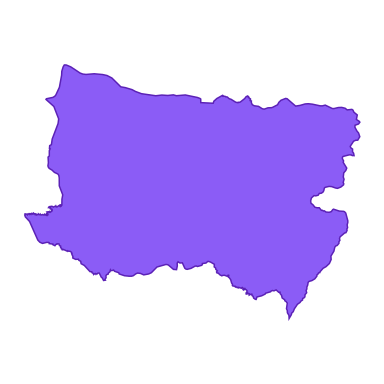 the district of Khon Buri, Nakhon Ratchasima, Thailand, rotated 271°
{"feature_id": "78962969B59767339718712", "entity_name": "Khon Buri", "entity_type": "district", "adm_level": 2, "iso_a3": "THA", "parent_name": "Thailand", "parent_adm1": "Nakhon Ratchasima", "projection": "natural_earth1", "projection_center": [102.149, 14.385], "detail": "fine", "context": "isolated", "style": "filled", "palette": "violet", "viewbox_px": 384, "rotation_deg": 271, "n_neighbors": 0, "source": "geoboundaries", "source_scale": "gbopen_adm2", "svg_char_len": 5924}
<svg xmlns="http://www.w3.org/2000/svg" viewBox="0 0 384 384"><g transform="rotate(271 192 192)"><path d="M159.7,30.1L141.2,38.7L139.1,40.8L138.0,43.4L139.1,47.6L139.1,49.5L138.8,50.1L137.9,50.1L137.5,53.8L136.9,53.8L135.9,55.9L137.1,56.7L137.5,58.0L137.9,58.0L137.8,59.9L136.1,60.4L135.7,61.6L134.2,61.6L133.6,62.3L132.9,62.4L132.7,63.1L132.0,63.2L131.9,64.0L132.3,64.5L130.8,67.9L131.1,68.4L130.5,68.9L130.8,69.3L130.5,71.3L129.5,72.7L128.4,72.7L128.2,73.1L127.5,73.0L125.6,74.0L123.9,74.0L122.6,76.8L122.8,79.6L121.7,80.1L120.8,81.9L118.4,82.4L116.7,85.6L110.6,91.4L110.5,93.2L109.6,93.4L108.8,94.8L107.8,95.1L108.7,96.3L108.8,96.8L108.0,97.4L108.6,97.9L108.5,98.7L109.3,99.4L109.3,100.7L105.2,102.8L104.5,103.8L102.0,105.1L102.3,106.8L102.8,106.4L104.8,107.6L106.7,107.4L107.8,108.0L108.5,109.7L109.4,109.7L110.9,111.4L112.6,111.8L112.1,112.1L112.0,113.2L112.6,115.0L111.4,115.9L110.0,120.2L108.8,120.6L107.1,126.0L106.7,130.9L106.8,133.2L107.3,134.8L109.2,137.2L110.0,139.0L109.7,141.9L108.3,145.2L109.3,150.1L110.6,152.8L116.4,158.3L119.1,167.2L118.9,168.9L118.4,169.9L114.3,174.8L114.1,177.9L117.9,178.6L120.6,178.4L122.0,179.3L120.8,181.1L121.0,183.6L115.7,186.1L114.9,187.1L114.6,188.5L115.6,192.3L117.9,196.3L118.1,197.6L117.6,198.7L118.8,202.8L119.5,203.6L120.7,203.6L121.2,207.2L122.8,208.9L122.9,209.6L122.3,211.7L120.1,215.6L117.5,215.5L116.5,216.9L115.0,217.2L113.7,218.7L112.5,217.9L111.5,218.4L111.3,219.7L109.7,221.3L108.7,223.3L109.2,224.3L109.3,226.0L108.4,228.6L109.5,229.6L109.3,230.2L107.5,229.9L106.9,230.8L105.0,232.2L101.7,233.2L100.5,234.1L99.3,234.0L98.8,234.4L98.4,237.0L97.7,237.1L97.8,238.1L97.1,238.9L97.6,239.7L96.9,240.3L97.3,241.1L96.6,243.1L97.3,243.6L97.4,244.1L96.6,244.7L95.5,244.6L94.9,245.2L95.2,245.8L96.4,245.7L96.5,246.6L95.5,247.1L95.2,248.0L94.2,248.8L93.1,248.6L91.9,247.8L90.9,248.0L91.0,248.6L92.3,249.0L92.4,249.4L91.2,249.6L91.3,251.0L89.9,251.0L90.9,252.8L90.8,253.7L89.5,253.8L88.8,254.9L87.0,255.5L85.8,257.2L85.7,258.0L88.2,258.8L89.4,263.4L91.2,266.9L92.1,267.4L93.6,272.3L94.4,272.9L94.9,274.1L94.6,275.7L95.6,277.8L93.2,280.5L93.3,281.8L92.1,281.8L90.3,283.3L87.6,284.0L85.9,286.5L84.8,286.8L84.1,288.0L82.5,289.2L76.9,288.5L75.3,289.3L72.9,289.5L70.3,291.1L67.2,291.3L71.1,293.5L72.5,293.7L74.1,295.3L77.0,296.4L81.6,299.4L83.4,301.9L84.8,302.8L85.9,304.4L87.5,304.5L88.0,305.7L89.1,306.7L91.3,306.8L93.3,308.4L95.5,307.8L97.0,308.5L99.0,308.5L100.9,309.3L103.7,309.7L104.7,310.7L105.5,313.4L107.3,316.3L110.0,318.3L111.2,318.3L112.0,319.3L113.3,319.9L113.6,321.2L114.6,321.5L118.0,324.4L119.7,327.3L122.9,330.6L126.9,332.3L130.3,332.0L135.3,334.9L139.2,335.7L140.5,336.6L141.1,338.1L143.2,339.8L144.9,339.8L146.2,340.7L148.0,340.3L149.7,340.8L153.7,345.3L154.0,346.6L156.2,347.7L157.8,347.5L159.0,348.2L161.9,347.7L164.1,348.3L165.9,348.3L173.6,346.1L174.9,344.9L175.3,344.0L175.5,339.6L177.3,333.8L176.9,333.1L174.8,331.6L174.1,329.5L174.3,326.4L175.5,324.6L175.3,323.7L176.0,322.7L175.9,321.7L178.5,319.5L178.4,317.4L179.0,315.0L181.0,313.5L183.0,311.1L185.2,310.8L188.1,311.5L190.5,314.0L190.3,315.8L191.0,318.2L192.8,319.3L193.0,321.2L194.0,322.8L195.5,323.7L198.3,324.3L199.0,325.1L200.0,329.0L199.8,331.6L198.5,335.5L198.2,337.5L199.6,340.8L201.8,343.4L202.9,343.6L204.1,343.0L207.4,343.8L209.6,343.0L213.8,343.4L216.2,345.4L218.6,346.3L224.2,342.7L225.8,343.0L227.9,341.8L229.4,341.8L230.2,342.5L231.9,348.6L231.8,350.6L231.2,351.6L231.2,353.4L233.6,352.9L235.1,351.8L237.7,351.8L239.1,349.9L240.4,349.4L245.6,352.7L246.6,354.8L246.7,356.8L250.2,358.8L253.9,357.5L255.9,355.8L259.7,353.7L261.6,353.9L262.9,357.3L264.7,358.6L265.4,358.2L267.4,355.1L271.9,355.9L274.6,352.5L276.7,351.5L277.4,350.4L276.8,345.7L278.4,343.7L279.2,340.2L279.0,336.8L277.9,332.5L277.9,330.9L281.2,323.7L280.4,320.8L280.4,318.6L281.9,310.9L282.3,306.7L282.0,303.5L280.5,298.6L279.7,294.1L286.9,285.5L287.2,284.0L285.3,279.4L283.2,277.3L280.7,276.0L278.2,271.4L277.7,270.1L277.5,266.5L276.1,262.7L276.5,260.8L278.8,257.0L279.3,252.7L280.4,250.7L282.7,249.7L284.0,249.8L284.3,248.8L284.8,248.9L284.9,248.5L286.1,248.8L287.1,247.3L287.5,247.3L287.7,246.7L288.2,246.9L289.0,246.0L288.3,244.5L286.3,243.0L283.1,239.1L282.5,238.1L282.5,236.6L282.1,236.4L282.5,234.2L285.4,229.4L285.9,227.6L287.6,225.6L287.8,223.9L288.3,223.3L288.2,221.3L289.0,221.3L289.2,220.9L285.9,215.2L283.2,212.3L281.1,211.6L281.5,199.2L285.1,199.1L285.7,198.3L286.6,195.8L288.9,183.6L288.0,174.7L288.8,171.7L288.1,166.1L288.4,160.1L287.6,154.1L289.4,139.8L291.5,133.8L293.3,130.3L295.2,123.5L295.9,119.0L304.6,109.9L307.0,105.0L307.9,100.5L308.5,92.1L307.7,84.0L308.0,80.8L309.0,78.0L315.0,68.6L316.8,64.1L316.8,62.1L314.9,61.0L310.4,59.7L306.5,59.6L294.4,57.6L286.7,54.2L285.4,53.2L284.2,51.4L282.7,44.8L282.0,44.4L275.1,52.4L262.8,57.4L258.1,56.9L242.5,51.3L236.9,50.6L235.9,48.9L232.9,48.7L232.7,49.4L230.8,48.6L225.6,48.7L224.4,47.5L218.7,47.9L215.7,47.5L214.5,47.8L213.1,48.8L211.5,51.6L209.2,54.1L207.7,57.5L206.4,58.5L203.9,59.0L195.8,59.2L186.9,62.8L182.6,62.1L176.6,62.1L175.8,61.6L176.1,61.2L176.8,61.5L176.9,60.4L176.2,60.0L175.4,60.8L175.1,60.5L176.2,59.4L174.7,57.2L174.8,56.6L175.8,56.1L175.1,55.6L175.2,54.8L174.5,53.8L175.3,52.2L175.0,50.4L174.1,50.7L174.7,49.5L174.3,48.9L173.9,48.8L174.0,49.6L173.5,50.2L172.6,50.7L172.2,52.4L171.0,52.5L170.9,51.9L170.3,52.0L169.3,50.7L170.0,50.1L169.3,49.7L169.8,48.8L169.5,47.4L168.8,48.1L168.0,48.1L168.0,47.1L167.3,47.1L166.6,48.3L165.9,47.5L166.3,46.5L166.7,46.8L166.6,46.0L167.4,45.2L167.2,44.8L166.5,44.8L166.5,43.5L166.9,42.8L166.4,41.7L166.6,40.9L167.2,40.6L166.7,40.2L166.7,39.6L167.5,38.7L166.8,38.5L166.3,36.8L167.3,36.5L167.4,36.0L166.7,36.0L166.6,35.5L167.5,35.1L167.4,34.6L168.2,33.9L167.9,33.6L167.3,33.8L167.1,32.9L167.9,32.2L167.5,31.1L167.0,31.2L167.4,30.1L166.8,30.0L167.4,29.2L166.9,28.7L167.1,28.1L166.3,27.8L167.1,26.7L167.2,25.5L166.3,25.6L166.1,25.2L164.2,25.8L159.7,30.1Z" fill="#8b5cf6" stroke="#5b21b6" stroke-width="1.5"/></g></svg>